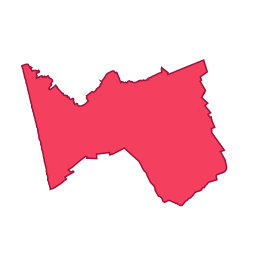 outline of Lerdo de Tejada, Veracruz, Mexico, rotated 254°
{"feature_id": "50627088B89333927260358", "entity_name": "Lerdo de Tejada", "entity_type": "district", "adm_level": 2, "iso_a3": "MEX", "parent_name": "Mexico", "parent_adm1": "Veracruz", "projection": "robinson", "projection_center": [-95.486, 18.659], "detail": "fine", "context": "isolated", "style": "filled", "palette": "rose", "viewbox_px": 256, "rotation_deg": 254, "n_neighbors": 0, "source": "geoboundaries", "source_scale": "gbopen_adm2", "svg_char_len": 5724}
<svg xmlns="http://www.w3.org/2000/svg" viewBox="0 0 256 256"><g transform="rotate(254 128 128)"><path d="M54.1,138.5L53.7,139.4L52.8,140.2L51.9,140.9L51.3,141.1L50.5,141.3L49.6,141.3L48.2,141.4L46.6,142.4L46.6,143.8L46.7,144.8L47.1,145.4L47.4,145.9L47.1,146.6L47.0,147.5L46.6,148.3L44.8,150.4L43.8,151.7L43.3,152.4L42.3,153.2L42.0,154.2L41.1,154.8L40.6,155.4L38.9,157.2L38.6,158.6L39.1,159.2L39.6,160.1L40.5,161.4L41.1,162.0L41.7,163.2L42.3,164.9L43.1,166.1L43.7,168.8L44.3,170.0L45.5,172.1L46.4,173.1L47.5,174.6L47.8,176.2L47.8,179.3L47.9,180.4L48.4,181.9L49.3,182.2L49.9,183.0L49.6,185.1L50.8,185.8L51.5,187.2L52.3,188.3L52.5,189.0L53.3,189.8L53.4,190.5L53.7,191.4L53.7,195.3L53.8,196.9L53.6,198.4L53.8,199.2L54.8,199.3L55.8,199.3L57.7,199.5L58.3,200.1L58.6,201.2L58.8,203.1L58.9,206.1L59.2,208.1L59.7,209.4L60.5,210.4L61.2,211.1L62.6,211.9L63.2,212.0L70.5,212.5L79.8,210.4L80.0,213.7L80.1,214.5L88.0,211.7L89.3,211.1L89.9,211.0L92.6,210.0L94.6,209.3L100.2,207.3L104.3,208.1L104.5,208.1L104.7,211.5L111.9,210.7L115.7,211.0L115.4,209.9L119.0,208.6L119.9,211.6L122.4,210.6L127.1,208.6L128.3,208.2L129.9,211.5L132.4,210.0L137.0,207.2L138.6,208.8L140.4,210.8L140.4,210.4L142.7,212.8L153.0,210.2L153.6,211.8L157.2,211.6L160.1,219.6L172.5,219.5L172.4,218.9L170.4,199.8L170.2,198.1L169.9,195.5L169.6,192.6L168.3,181.2L169.3,180.9L170.1,181.7L176.8,177.0L175.8,176.5L175.0,176.2L174.4,176.2L173.6,176.0L173.3,176.1L172.2,175.7L172.1,172.4L171.4,168.9L171.1,167.7L171.1,166.6L170.6,164.4L170.1,160.8L169.0,160.3L169.4,159.9L168.8,158.5L169.2,157.7L169.0,157.1L169.4,156.6L169.9,156.1L169.6,154.8L170.0,153.9L170.3,153.2L170.4,152.2L170.4,151.1L169.8,150.9L169.9,150.1L169.8,149.0L169.6,148.0L170.3,145.6L170.9,145.0L171.7,144.5L171.5,143.8L171.8,143.4L172.8,142.4L173.0,141.9L172.7,140.4L171.8,140.1L172.2,138.3L172.6,138.2L172.4,137.6L173.0,136.5L173.0,136.1L173.3,135.8L173.8,135.7L173.9,135.1L174.3,134.6L173.7,133.6L175.3,133.4L178.4,133.2L180.7,133.0L183.0,132.6L183.4,132.7L183.6,132.4L184.4,132.5L184.6,132.3L184.7,131.7L184.7,131.1L184.6,130.7L186.0,130.4L186.6,130.1L187.0,129.4L186.9,129.0L187.0,128.6L186.9,127.5L186.8,126.7L186.5,125.9L186.2,123.5L185.6,122.4L184.8,121.3L183.0,119.5L181.0,116.8L180.0,115.7L180.6,114.9L179.7,115.3L178.8,115.3L177.9,114.7L177.9,113.7L177.0,113.4L176.8,112.9L175.8,112.9L174.3,108.7L172.7,107.1L171.7,103.8L172.2,104.3L172.9,103.3L171.5,100.1L170.3,97.0L169.7,97.0L168.9,96.7L168.1,96.4L166.5,96.7L165.7,97.0L164.7,97.2L164.6,96.8L164.2,96.2L164.2,95.9L163.7,95.3L162.9,93.4L162.5,93.2L162.5,92.8L162.4,92.0L162.1,92.6L162.3,92.0L162.3,91.4L162.3,90.4L162.1,89.6L162.1,88.5L162.3,87.9L162.5,87.3L163.3,86.3L164.0,85.9L165.3,86.0L165.6,85.5L165.4,83.3L165.9,83.1L167.4,83.2L168.0,83.3L169.3,82.9L169.8,83.1L170.2,83.6L170.6,83.6L171.1,83.6L171.6,83.3L171.7,82.7L171.3,81.9L171.2,81.6L171.3,81.0L171.5,80.8L171.7,80.3L172.2,79.8L172.9,79.7L173.3,79.5L173.6,79.8L174.2,79.6L174.3,78.2L174.5,78.0L175.1,77.9L175.4,78.0L175.6,78.4L175.9,79.0L175.8,78.0L175.9,77.5L176.5,77.3L176.8,77.0L176.7,76.7L176.9,76.3L176.9,75.5L177.5,75.3L177.8,75.1L178.2,75.1L178.5,75.0L179.0,75.2L179.1,74.9L179.2,74.7L179.4,74.7L179.5,74.4L179.9,74.2L180.7,73.7L180.9,73.6L181.4,73.4L183.1,72.4L184.8,71.7L185.8,71.1L186.3,70.7L186.6,71.3L189.1,70.3L188.8,69.9L188.2,68.7L187.8,67.6L187.6,67.2L186.7,64.7L186.3,63.8L186.4,63.4L186.7,63.2L187.2,63.3L187.4,62.8L187.8,63.0L188.4,63.2L188.5,63.3L188.7,63.7L189.1,64.1L189.7,64.9L190.2,66.0L190.6,66.2L190.9,66.5L191.9,65.9L192.3,66.7L192.7,67.0L193.3,67.6L193.7,68.4L194.7,68.6L195.5,68.2L196.1,67.9L196.6,67.6L197.6,66.3L200.3,65.5L200.0,64.6L199.7,64.0L199.5,63.0L200.2,62.8L200.0,61.8L200.8,61.7L200.3,60.0L201.1,60.0L202.0,59.5L201.8,57.7L201.5,56.6L201.2,56.6L201.4,55.8L201.3,55.0L201.1,54.2L201.1,53.8L201.5,53.7L201.8,53.8L202.0,54.2L202.2,54.3L202.7,54.3L202.9,54.8L203.3,55.0L204.5,54.6L204.8,54.8L205.4,54.8L205.7,55.0L206.0,55.4L206.3,56.0L206.4,56.5L205.9,56.4L206.0,57.8L206.8,58.5L207.1,58.3L207.4,58.3L207.5,58.1L208.1,58.0L207.6,56.7L208.6,55.5L208.9,55.0L208.9,54.3L209.3,53.6L209.1,52.8L209.1,51.5L210.3,51.5L211.6,51.1L212.3,50.7L212.5,52.1L213.7,51.2L213.8,50.4L214.5,50.0L216.6,49.5L217.1,48.8L217.3,47.3L217.4,46.2L217.0,43.0L216.7,42.9L215.8,43.2L214.6,43.1L213.0,43.2L210.4,42.9L208.0,43.0L206.7,42.8L205.1,42.6L203.4,42.8L201.3,42.9L199.6,42.4L197.7,42.8L196.8,42.6L195.0,42.6L194.0,42.4L192.1,42.3L191.4,42.5L190.3,42.2L189.6,42.3L188.9,42.1L188.0,42.3L186.2,42.2L184.6,41.9L184.0,42.0L182.9,41.9L180.8,41.8L180.4,41.7L180.0,41.8L179.4,41.8L178.6,41.6L177.4,41.8L176.0,41.6L174.6,41.3L174.0,41.2L173.7,41.4L173.0,41.3L171.8,41.6L171.0,41.2L170.3,41.2L169.3,41.4L166.5,41.1L165.0,41.1L164.3,41.2L163.3,41.1L162.6,41.3L161.2,41.0L158.3,41.0L156.2,40.9L154.1,40.6L153.2,41.0L152.3,41.0L151.1,40.6L150.2,40.4L149.6,40.7L147.7,40.2L145.9,40.3L142.4,39.6L141.1,39.7L139.6,40.2L138.4,40.3L136.2,39.6L135.3,39.8L134.0,39.8L132.0,39.4L130.7,39.3L129.6,39.5L128.3,39.2L127.6,39.4L122.4,38.7L120.9,38.8L119.1,38.4L117.3,38.5L115.3,38.3L112.3,38.3L110.5,38.1L109.2,37.6L107.9,37.6L106.3,37.2L104.5,37.5L102.1,37.2L100.0,36.5L98.0,36.8L96.2,36.6L94.3,36.7L90.9,36.6L90.5,36.4L90.5,38.0L90.7,40.2L91.1,41.7L91.8,43.9L92.3,45.5L93.5,49.3L94.5,51.1L95.3,53.3L95.6,54.6L98.2,53.9L100.8,63.8L101.6,63.5L101.8,62.8L101.4,62.3L100.8,62.0L101.7,61.0L102.7,60.1L104.0,59.0L104.7,59.3L104.7,60.6L105.3,62.3L105.8,64.0L108.9,70.5L111.9,77.9L112.5,79.1L112.2,79.8L111.7,80.5L110.4,80.0L107.2,89.5L110.0,90.2L111.5,90.6L109.5,103.4L107.2,103.0L107.2,106.5L109.7,118.9L92.6,129.6L83.3,131.3L81.2,132.4L80.2,133.3L78.5,133.1L69.8,134.6L67.9,135.5L66.4,136.4L63.8,137.4L61.4,137.1L60.7,136.9L54.1,138.5Z" fill="#f43f5e" stroke="#9f1239" stroke-width="1.5"/></g></svg>